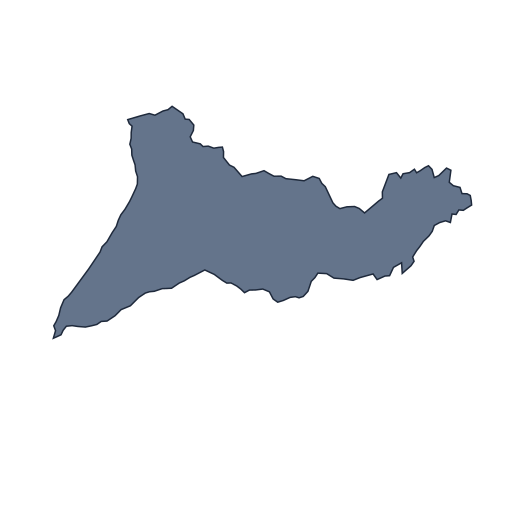 outline of Buritinópolis, Goiás, Brazil, rotated 205°
{"feature_id": "56859067B12630589469330", "entity_name": "Buritinópolis", "entity_type": "district", "adm_level": 2, "iso_a3": "BRA", "parent_name": "Brazil", "parent_adm1": "Goiás", "projection": "equal_earth", "projection_center": [-46.305, -14.393], "detail": "fine", "context": "isolated", "style": "filled", "palette": "slate", "viewbox_px": 512, "rotation_deg": 205, "n_neighbors": 0, "source": "geoboundaries", "source_scale": "gbopen_adm2", "svg_char_len": 2353}
<svg xmlns="http://www.w3.org/2000/svg" viewBox="0 0 512 512"><g transform="rotate(205 256 256)"><path d="M157.5,392.7L157.7,387.8L163.9,390.9L170.0,386.1L168.6,367.5L165.8,361.8L167.9,358.0L175.8,340.9L182.5,342.7L187.6,342.5L194.4,339.0L200.0,334.4L204.6,334.9L208.8,336.7L222.5,348.1L227.0,349.6L231.5,353.0L238.2,352.2L244.2,344.5L252.9,341.7L261.6,338.7L267.0,339.0L273.4,335.9L279.3,336.2L284.8,336.7L291.0,330.8L294.8,328.5L302.2,322.1L313.4,327.1L318.5,327.2L327.1,331.5L329.5,336.9L332.5,340.5L335.7,338.7L339.8,335.9L345.7,335.4L350.3,332.8L353.9,334.1L361.7,332.5L366.0,336.2L365.8,343.3L367.7,348.4L374.3,351.5L378.0,350.1L382.3,354.0L390.6,355.4L395.3,356.2L397.6,351.4L401.6,348.1L407.1,340.9L413.0,340.0L420.4,333.8L429.9,325.4L426.8,322.4L423.2,321.3L421.3,315.2L418.9,309.9L417.6,304.0L413.9,300.4L411.1,294.9L407.5,291.0L404.1,287.5L401.0,282.2L396.9,277.8L393.9,271.0L393.5,266.1L393.5,257.2L393.6,252.0L394.5,242.9L395.9,236.3L395.9,230.2L395.1,223.8L396.2,216.4L397.1,205.9L399.4,199.3L399.0,193.7L402.2,173.4L407.8,145.3L409.2,140.2L411.5,135.3L411.2,126.5L409.6,118.8L409.4,112.2L409.8,107.3L406.1,103.6L404.9,95.8L402.2,98.9L399.4,102.2L399.4,107.1L398.2,112.2L393.2,115.2L387.8,116.8L380.6,119.5L375.5,123.3L371.3,126.7L368.6,131.3L363.5,134.1L358.5,142.3L355.6,150.4L348.8,157.8L344.8,168.8L340.7,175.6L337.4,178.6L333.3,181.0L327.2,186.8L324.0,188.4L318.9,191.1L314.1,199.1L310.5,203.2L306.8,208.8L303.7,212.3L296.5,221.7L286.1,221.7L276.3,219.7L271.0,219.1L267.3,221.0L260.9,220.7L255.8,219.6L250.9,217.9L247.6,222.3L242.1,225.0L235.9,228.9L228.7,229.2L222.3,224.3L216.8,223.3L212.4,227.3L207.6,232.9L203.1,235.8L199.3,236.3L196.1,239.3L194.0,245.9L195.2,256.4L193.5,261.2L192.7,266.6L184.5,269.9L176.0,268.9L166.9,272.3L157.7,275.0L152.6,280.4L142.3,289.2L136.3,285.8L130.7,292.3L126.6,294.6L126.6,303.8L121.2,311.4L116.1,302.0L111.4,312.7L110.5,318.0L113.6,321.3L112.7,328.7L111.5,333.9L110.5,340.0L107.7,347.4L106.7,352.8L107.3,359.0L103.7,363.9L99.1,368.0L94.0,368.5L96.1,376.9L92.2,378.2L91.6,383.5L87.4,385.0L85.2,388.6L82.1,393.3L84.4,397.2L87.4,401.4L91.0,401.6L95.7,399.6L100.1,404.4L106.9,403.1L112.0,404.5L115.6,416.1L120.5,416.2L124.3,406.2L127.6,402.4L133.1,408.9L137.8,410.7L140.4,407.5L143.2,402.7L145.6,399.3L149.1,401.6L152.0,396.5L157.5,392.7Z" fill="#64748b" stroke="#1e293b" stroke-width="1.5"/></g></svg>